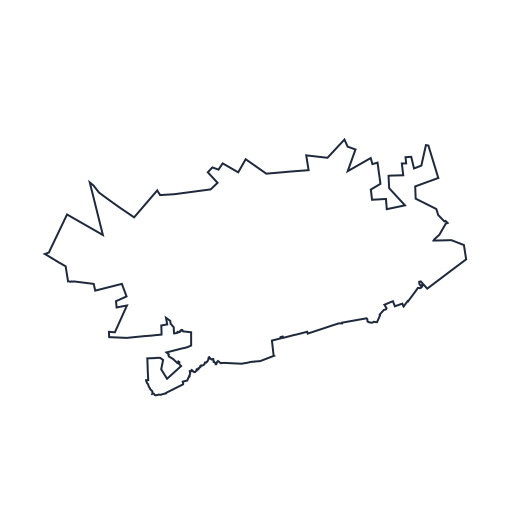 Cusihuiriachi, Chihuahua, Mexico, rotated 166°
{"feature_id": "50627088B62303278534016", "entity_name": "Cusihuiriachi", "entity_type": "district", "adm_level": 2, "iso_a3": "MEX", "parent_name": "Mexico", "parent_adm1": "Chihuahua", "projection": "mercator", "projection_center": [-106.822, 28.208], "detail": "fine", "context": "isolated", "style": "outline", "palette": "slate", "viewbox_px": 512, "rotation_deg": 166, "n_neighbors": 0, "source": "geoboundaries", "source_scale": "gbopen_adm2", "svg_char_len": 5595}
<svg xmlns="http://www.w3.org/2000/svg" viewBox="0 0 512 512"><g transform="rotate(166 256 256)"><path d="M154.6,162.5L150.1,168.3L150.2,169.2L145.1,172.7L142.7,172.8L142.0,173.7L142.0,173.8L143.2,177.6L137.1,178.6L134.1,179.0L133.4,173.6L125.6,174.4L125.1,171.4L125.0,171.2L124.5,171.7L122.8,173.1L119.7,175.6L119.4,175.2L108.9,183.9L106.6,185.9L104.9,185.2L104.3,185.1L103.5,185.3L102.7,185.8L102.2,186.2L101.8,186.7L101.6,187.2L101.6,187.6L101.8,187.8L102.0,187.7L102.1,187.3L102.5,187.1L103.2,187.1L103.4,187.3L103.6,187.6L104.2,189.3L103.9,191.5L102.3,191.5L97.7,182.9L68.9,195.2L52.9,201.9L51.6,216.3L62.6,224.1L78.7,227.7L79.9,228.1L79.0,228.9L78.3,229.4L73.0,232.2L64.0,241.5L62.1,241.7L63.6,244.2L64.9,244.0L69.3,251.7L69.7,258.0L87.2,273.0L84.7,285.0L60.2,287.6L60.3,288.3L62.0,321.5L64.3,322.5L66.1,318.9L73.7,303.7L81.5,302.7L81.4,314.7L87.0,315.7L87.9,309.5L92.1,310.5L93.6,298.7L105.7,301.4L108.0,301.7L110.4,289.6L99.2,269.1L117.8,269.8L116.1,279.9L129.8,282.5L128.5,292.7L117.8,295.9L115.5,317.2L120.8,317.0L121.0,323.3L146.5,316.1L133.7,335.3L140.6,339.9L140.8,340.8L142.0,347.6L162.9,334.0L182.9,341.5L184.2,326.6L187.5,327.1L189.1,327.3L189.6,327.5L204.6,330.0L209.9,330.8L226.1,333.4L242.6,352.4L253.0,341.5L265.9,353.9L271.2,349.2L271.5,348.9L276.9,352.5L282.5,348.9L275.6,336.3L283.9,331.6L320.2,335.7L334.3,338.3L334.3,338.5L335.9,343.0L336.0,343.5L364.9,323.0L377.1,336.6L384.0,344.7L393.0,355.5L396.6,363.7L399.5,367.6L399.5,313.4L429.3,342.0L453.6,312.6L456.1,309.5L460.4,309.0L459.2,307.9L448.5,297.1L443.2,292.1L444.5,276.9L444.1,276.9L443.9,276.8L443.5,276.5L442.1,275.8L441.8,275.8L441.5,275.9L441.1,276.0L440.9,275.9L439.7,275.3L438.9,275.4L420.2,268.2L420.4,261.3L392.9,261.4L391.4,248.1L402.8,246.0L403.7,239.8L393.2,239.2L411.4,216.1L417.0,218.0L418.1,212.8L401.2,207.8L383.9,205.3L378.2,204.3L377.6,204.3L376.9,204.0L376.5,204.0L372.5,203.5L366.7,202.6L365.9,205.8L365.8,206.3L364.7,211.5L358.7,211.1L358.3,217.8L354.9,213.8L355.2,211.0L353.1,206.8L354.1,201.6L354.3,201.0L354.2,200.7L353.9,200.6L351.3,200.4L351.1,200.5L350.8,200.8L350.7,201.2L350.3,201.4L350.2,201.4L350.1,201.1L349.8,200.7L349.5,200.6L349.4,200.6L349.2,200.7L348.6,200.7L348.4,200.7L348.2,200.8L348.3,201.1L348.2,201.2L347.8,201.3L347.7,201.4L347.7,201.5L347.4,201.6L347.2,201.6L347.3,201.9L347.2,202.0L346.8,201.9L346.6,201.9L346.5,202.0L346.3,202.2L346.1,202.3L345.8,202.3L345.5,202.1L345.4,202.0L345.4,201.8L345.3,201.5L345.1,201.0L345.1,200.9L344.9,200.4L344.6,200.3L344.4,200.3L337.4,197.7L340.6,184.8L344.2,184.2L344.7,184.1L345.5,184.2L347.0,184.0L349.6,184.2L366.2,184.1L364.4,181.6L365.0,180.8L364.8,179.5L361.5,176.3L358.3,171.3L356.9,172.5L356.0,171.4L356.9,170.2L355.3,167.3L372.0,158.4L375.4,169.0L371.3,177.6L373.7,180.4L377.4,181.3L378.8,181.4L386.2,183.0L389.0,169.9L390.6,161.6L392.7,162.1L392.8,161.4L392.5,159.6L392.4,158.9L392.3,158.6L391.7,157.7L391.7,155.8L391.7,155.5L391.2,154.0L390.9,153.3L390.9,153.1L390.8,152.1L390.6,151.8L390.0,151.1L389.4,149.9L389.3,149.7L389.7,147.9L390.0,147.3L389.9,147.3L389.5,147.5L389.2,147.5L388.8,147.4L388.5,147.2L388.4,147.0L388.3,146.8L388.0,146.0L387.9,145.6L387.6,145.4L386.8,145.1L385.7,145.0L383.6,145.0L383.2,144.8L382.5,144.5L381.5,144.4L380.5,144.5L376.7,144.5L376.7,144.8L375.7,145.1L357.8,149.1L357.4,150.4L357.4,150.7L357.5,151.1L357.5,151.8L352.8,151.8L352.4,152.6L352.0,152.9L351.0,154.3L350.9,154.3L350.6,154.4L350.5,154.5L350.4,154.7L350.2,155.0L350.0,155.3L350.0,155.6L349.9,155.7L349.6,155.6L349.6,155.8L349.5,156.1L349.4,156.3L349.1,156.5L348.8,157.1L348.4,157.7L348.3,158.1L348.2,158.5L348.2,159.2L348.2,159.5L348.2,159.8L348.1,160.3L347.6,160.2L347.3,160.1L346.4,159.9L346.3,160.0L346.2,160.1L346.2,160.5L346.3,160.8L346.2,160.9L346.1,161.0L345.5,160.5L345.3,160.2L345.1,159.8L345.0,159.3L344.7,158.8L344.2,158.5L343.6,158.3L343.1,158.2L342.8,158.3L342.7,158.4L342.5,158.7L342.1,158.9L341.8,159.0L341.7,159.1L341.3,159.1L341.2,159.2L341.1,159.3L341.2,159.5L341.2,159.8L341.1,160.1L341.0,160.4L340.9,160.5L340.6,160.4L339.7,160.0L339.3,160.0L339.0,161.0L338.9,161.1L338.3,161.1L338.0,161.1L337.5,161.6L337.2,161.7L336.8,161.7L336.6,161.9L336.5,162.2L336.7,162.6L336.5,162.8L336.4,162.8L336.1,162.7L335.9,162.8L335.8,163.1L335.7,163.1L335.5,162.9L335.3,162.8L335.0,162.7L334.5,162.7L334.2,162.8L333.8,162.8L333.1,163.1L332.9,163.2L332.5,163.3L332.2,163.5L332.0,164.0L331.5,164.7L331.3,165.0L331.1,165.0L330.5,164.7L330.3,164.6L330.0,164.6L329.8,164.8L329.7,165.1L329.4,165.2L328.8,165.3L328.7,165.4L328.6,165.6L328.2,166.0L328.0,166.3L327.3,167.0L327.0,167.4L327.0,167.9L326.7,168.6L326.2,169.1L325.9,169.2L325.8,168.9L325.6,168.6L325.4,168.2L325.3,167.5L325.0,167.3L324.6,167.0L324.1,166.3L323.9,166.2L323.7,166.2L322.6,166.6L322.3,166.4L322.3,166.2L322.6,165.7L322.6,165.2L322.5,164.8L322.4,164.5L322.4,164.0L322.8,163.6L322.7,163.4L322.2,163.2L321.9,162.7L321.5,162.4L321.3,162.1L321.3,160.7L321.1,160.6L320.7,160.6L320.5,160.8L320.4,161.1L320.2,161.3L320.1,161.7L319.9,162.0L319.6,162.3L319.3,162.7L318.3,163.3L316.2,160.6L312.8,160.0L296.2,155.0L290.4,154.5L287.4,154.5L285.2,154.3L284.0,154.0L283.2,153.8L282.9,154.0L281.8,153.7L281.0,153.6L279.7,153.4L277.4,153.0L262.8,154.8L263.0,155.0L261.0,170.1L251.9,170.1L251.9,170.8L251.7,170.8L251.6,171.4L250.1,171.4L250.2,171.0L249.5,171.0L249.6,170.0L238.7,170.1L234.4,170.0L224.6,170.1L224.6,168.2L196.7,170.3L191.9,170.6L188.8,169.8L188.6,170.5L163.8,168.8L163.3,167.9L163.6,165.4L162.7,164.7L162.5,164.4L161.8,164.2L160.6,163.5L159.9,163.3L159.0,163.2L158.5,163.4L157.5,163.7L156.9,163.3L154.6,162.5Z" fill="none" stroke="#1e293b" stroke-width="2"/></g></svg>